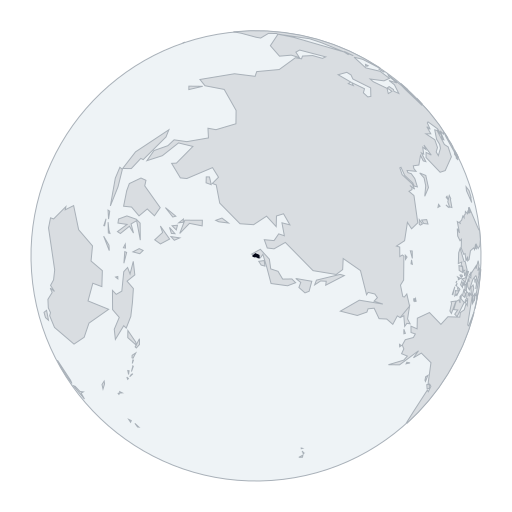 globe centered on Miyazaki, rotated 86°
{"feature_id": "JPN-1831", "entity_name": "Miyazaki", "entity_type": "Prefecture", "adm_level": 1, "iso_a3": "JPN", "parent_name": "Japan", "parent_adm1": "", "projection": "orthographic", "projection_center": [131.344, 32.095], "detail": "fine", "context": "on_globe", "style": "filled", "palette": "ink", "viewbox_px": 512, "rotation_deg": 86, "n_neighbors": 0, "source": "natural_earth", "source_scale": "10m", "svg_char_len": 12180}
<svg xmlns="http://www.w3.org/2000/svg" viewBox="0 0 512 512"><g transform="rotate(86 256 256)"><circle cx="256" cy="256" r="225" fill="#eef3f6" stroke="#a8b0b8"/><path d="M418.5,384.8L418.4,385.9L418.1,386.2L418.5,384.8ZM433.6,117.3L431.9,115.4L432.3,117.1L422.5,110.0L401.8,94.5L403.4,93.6L398.2,90.6L395.9,91.7L395.6,93.3L374.6,88.9L364.4,97.8L368.5,106.0L361.9,100.5L374.6,120.4L373.7,131.5L370.2,115.9L366.4,112.0L363.6,117.6L359.0,115.0L355.1,116.3L349.9,112.9L348.3,104.7L344.9,102.5L343.1,106.7L336.8,106.3L339.9,100.4L329.3,99.4L324.5,86.9L337.1,76.3L330.0,68.8L331.2,57.0L326.7,56.1L324.2,52.0L318.1,49.7L320.1,48.7L313.5,47.8L312.8,49.2L309.7,49.4L306.1,48.4L307.9,46.7L310.0,47.0L308.7,46.0L311.2,45.8L307.9,45.3L310.6,43.9L302.5,43.9L300.1,41.5L303.4,41.0L310.1,42.9L334.3,48.5L339.6,49.6L340.5,48.7L327.3,42.4L330.3,43.3L330.2,43.3L345.2,49.1L359.8,56.0L373.8,64.0L387.2,72.9L400.0,82.7L412.0,93.5L423.2,105.0L433.6,117.3ZM323.8,41.2L323.4,41.1L314.1,38.4L314.1,39.0L310.3,38.2L307.5,38.6L300.3,36.7L294.9,34.9L296.9,34.7L294.6,34.2L286.6,33.2L284.9,32.6L304.5,36.0L323.8,41.2ZM459.8,227.3L457.9,223.1L460.0,223.7L459.8,227.3ZM456.1,222.0L456.9,223.1L456.1,222.5L456.1,222.0ZM455.0,222.5L455.8,222.2L455.1,223.0L455.0,222.5ZM453.9,223.8L454.4,222.9L454.4,223.2L453.9,223.8ZM451.4,224.3L450.7,224.3L451.1,223.0L451.4,224.3ZM396.2,94.6L396.3,92.1L400.1,92.3L400.5,94.6L396.2,94.6ZM388.3,95.2L387.1,92.9L393.0,95.7L391.8,96.1L388.3,95.2ZM372.5,112.9L373.4,109.8L374.0,113.8L372.5,112.9ZM355.5,117.2L356.6,119.0L354.1,119.0L355.5,117.2ZM311.6,39.7L309.6,39.1L311.1,39.3L311.6,39.7ZM312.2,40.5L315.5,41.1L316.3,41.6L314.2,41.2L312.2,40.5ZM343.9,113.9L339.4,113.6L343.6,112.4L343.9,113.9ZM308.0,39.7L317.3,42.5L318.6,43.4L312.0,42.8L308.0,39.7ZM336.6,112.6L325.9,112.7L327.5,116.5L316.7,106.3L329.4,109.2L334.4,107.0L333.7,110.2L336.6,112.6ZM314.2,50.1L314.7,48.6L317.7,50.9L314.2,50.1ZM316.9,51.6L330.5,59.6L327.9,61.8L323.9,58.5L323.3,62.5L315.3,59.5L313.9,56.7L317.1,55.7L311.6,55.4L316.9,51.6ZM312.5,100.9L309.6,99.9L312.3,99.4L312.5,100.9ZM308.7,49.7L311.7,50.9L309.7,52.8L303.3,50.7L306.0,50.7L308.7,49.7ZM327.0,65.1L324.4,66.4L317.2,64.3L315.2,64.6L314.9,59.7L327.0,65.1ZM304.6,49.8L300.2,49.6L297.8,47.9L305.7,48.6L304.6,49.8ZM311.8,54.3L310.6,55.1L309.2,53.9L311.8,54.3ZM286.8,42.3L290.4,43.4L289.7,44.4L286.8,42.3ZM298.7,49.7L299.5,50.3L299.6,51.0L296.3,50.6L298.7,49.7ZM309.9,58.7L307.5,57.7L309.7,60.5L304.4,59.4L305.1,56.4L302.6,57.2L301.0,56.9L303.4,54.9L309.9,58.7ZM293.3,52.2L292.4,48.5L285.8,46.1L286.3,45.1L296.8,49.2L293.3,52.2ZM299.0,53.9L295.6,52.5L297.9,51.7L301.7,52.2L299.0,53.9ZM300.5,59.8L308.4,62.3L308.0,62.9L300.5,59.8ZM290.9,51.6L291.2,52.5L290.2,51.5L290.9,51.6ZM297.1,57.3L299.9,58.1L299.3,58.7L297.1,57.3ZM289.3,53.9L289.0,52.6L291.6,52.8L289.3,53.9ZM292.5,55.6L291.0,56.3L292.7,53.6L293.8,55.8L292.5,55.6ZM296.1,57.8L296.6,58.5L294.9,57.4L296.1,57.8ZM279.7,54.2L281.2,50.8L286.9,51.0L284.6,54.3L279.7,54.2ZM76.2,120.3L77.9,118.4L67.2,136.0L64.5,144.3L76.0,133.4L80.4,119.3L88.1,110.5L90.2,116.1L87.4,129.8L90.3,126.9L97.9,113.6L103.2,112.7L101.2,108.9L97.6,113.4L96.3,111.4L99.5,107.3L101.3,106.9L103.8,102.2L94.8,106.0L90.2,111.1L93.2,103.4L85.7,111.2L84.4,111.6L96.5,98.6L99.9,95.8L117.4,79.8L114.1,81.8L97.4,97.4L100.0,94.5L95.4,98.3L100.9,93.1L120.1,76.6L124.7,73.0L137.9,64.1L151.8,56.3L147.1,58.8L150.1,57.3L145.4,60.2L147.4,60.5L144.0,63.5L153.2,60.5L152.6,61.9L147.3,63.1L141.8,66.0L134.2,75.0L135.2,75.8L141.8,73.4L138.9,76.6L146.3,73.1L146.0,78.0L152.5,69.5L160.4,67.4L164.8,69.0L168.6,67.1L161.4,64.5L157.5,65.0L152.2,67.7L142.6,68.9L143.4,66.6L157.9,60.3L160.6,56.7L170.7,54.2L184.0,61.3L185.3,66.5L169.6,79.5L164.5,79.1L167.6,74.1L157.0,80.7L161.6,79.2L159.1,82.1L166.1,81.6L164.7,83.8L173.7,80.0L172.8,82.5L167.1,84.9L176.6,87.2L177.0,92.8L179.8,92.4L182.7,90.4L181.2,99.3L183.4,98.7L184.7,95.4L189.8,92.2L198.3,90.2L197.3,93.3L194.1,94.5L185.9,102.1L177.6,105.2L178.1,106.4L185.1,104.5L195.1,95.1L200.4,93.1L196.4,97.6L198.3,95.7L200.7,95.8L202.1,98.9L206.8,94.2L234.2,92.3L239.7,98.9L233.0,102.6L251.1,106.7L255.9,115.2L257.1,112.0L266.6,112.6L265.2,109.9L266.5,108.5L290.3,110.4L295.1,113.9L306.7,112.4L307.3,110.9L304.4,108.2L316.7,106.3L327.5,116.5L325.6,119.2L333.7,124.3L328.0,130.0L327.1,137.6L316.3,141.8L316.5,147.9L319.7,149.3L322.4,159.1L316.9,175.7L307.3,156.0L312.8,132.8L309.3,141.4L306.0,137.8L302.2,140.1L300.1,146.7L302.4,148.4L277.8,152.8L264.6,169.2L275.6,170.5L280.0,177.3L274.6,200.1L244.5,225.8L250.1,237.5L248.8,244.2L240.3,246.6L241.9,236.9L235.5,231.8L237.8,226.3L224.7,227.8L227.3,220.0L215.8,225.6L217.5,232.8L228.1,233.8L217.0,242.7L224.6,256.2L222.7,269.7L200.7,288.5L182.3,290.7L180.6,294.5L174.8,287.9L164.8,293.2L173.9,319.6L172.8,326.0L157.7,333.7L157.8,328.9L142.3,311.3L137.8,325.4L149.4,342.4L153.3,358.2L143.7,350.4L139.8,336.2L134.4,329.6L137.1,317.0L134.9,295.2L125.2,295.0L127.2,287.1L122.7,266.8L109.4,265.7L87.6,276.1L82.6,295.0L76.0,299.6L72.7,264.7L76.7,244.4L72.1,242.4L71.6,219.8L61.0,202.9L62.5,196.8L59.8,195.7L60.0,185.5L63.5,175.9L62.2,172.6L53.6,198.1L55.4,202.0L61.1,198.9L58.1,206.8L58.3,218.6L47.2,227.0L36.3,218.6L40.4,203.5L58.6,153.9L60.9,150.8L61.2,150.4L61.7,149.5L58.1,153.7L63.0,144.9L47.8,175.8L43.0,187.4L36.1,219.1L35.5,220.0L34.8,228.1L38.9,236.1L37.8,240.6L32.7,255.3L30.8,262.9L30.9,245.9L32.3,229.0L35.0,212.3L38.9,195.8L44.0,179.7L50.4,163.9L57.9,148.7L66.5,134.2L76.2,120.3ZM79.1,152.6L80.9,161.4L89.1,149.3L90.5,151.9L92.8,147.0L89.7,148.4L96.7,136.1L100.7,137.5L105.1,133.4L104.8,130.3L96.3,129.9L86.2,147.0L82.0,148.6L79.1,152.6ZM171.4,47.8L166.9,49.7L164.5,50.5L169.0,48.2L172.5,47.0L171.4,47.8ZM161.2,52.5L174.4,47.7L172.2,49.5L171.2,49.2L168.4,50.8L166.0,50.9L151.0,57.9L147.9,59.1L157.8,53.3L156.3,54.2L160.7,52.1L161.2,52.5ZM212.0,37.8L217.7,37.1L205.5,41.5L201.6,41.6L205.7,38.9L212.8,37.3L212.0,37.8ZM294.6,38.7L297.6,39.2L297.1,39.5L294.1,39.3L294.6,38.7ZM288.6,42.7L281.2,37.2L284.2,37.4L276.2,34.7L281.1,34.2L286.1,35.8L283.8,33.8L290.3,35.1L287.9,33.9L298.5,37.5L304.2,39.1L296.0,37.4L291.4,37.7L291.1,38.3L294.6,41.4L304.6,45.5L301.6,46.9L296.8,46.9L294.0,46.1L296.8,45.3L290.9,44.9L292.9,43.2L288.6,42.7ZM242.7,53.3L247.2,51.4L235.7,52.8L237.6,50.0L236.2,50.4L234.7,48.4L230.5,46.8L232.4,45.7L229.9,45.5L228.9,44.4L226.2,44.0L228.6,42.1L225.4,41.5L228.3,40.9L222.2,40.6L227.8,40.0L227.1,38.9L222.1,40.0L241.6,33.3L245.5,31.8L245.7,31.1L255.2,31.0L261.2,31.9L264.1,33.9L259.0,35.7L264.2,35.6L263.4,36.6L259.6,36.2L264.9,37.5L263.1,38.3L265.7,41.7L274.4,43.7L275.6,45.2L271.3,44.9L275.5,46.8L268.2,47.3L268.8,48.6L262.3,50.7L253.6,49.9L255.0,51.4L250.2,53.4L242.7,53.3ZM277.6,54.7L266.9,53.6L262.6,51.8L275.8,48.9L276.2,47.7L284.4,46.4L290.5,49.3L287.5,49.3L286.1,50.1L284.8,48.8L284.8,50.4L280.7,50.6L279.6,52.0L276.4,51.2L277.6,54.7ZM100.7,92.8L98.8,94.7L96.7,96.9L93.8,99.7L100.7,92.8ZM113.4,81.6L112.5,82.4L109.7,84.7L113.4,81.6ZM116.2,79.5L112.8,82.1L115.8,79.7L116.2,79.5ZM146.8,64.1L146.1,65.2L144.3,66.1L142.7,66.3L146.8,64.1ZM209.1,59.0L212.4,57.7L213.2,58.1L221.3,57.2L220.5,59.5L215.4,60.9L209.1,59.0ZM74.3,133.3L72.5,133.4L74.0,130.8L74.3,131.2L74.3,133.3ZM81.7,115.2L77.9,120.8L80.9,115.9L81.7,115.2ZM209.7,61.3L213.1,60.6L210.6,62.2L209.7,61.3ZM220.4,61.2L218.2,63.0L221.4,59.7L220.4,61.2ZM37.8,312.1L37.7,311.8L38.4,314.3L37.8,312.1ZM208.4,403.0L215.3,404.9L215.1,405.7L208.4,403.0ZM201.1,398.8L208.9,400.5L199.9,400.4L201.1,398.8ZM211.9,401.2L219.9,400.9L223.3,400.1L222.7,401.7L211.9,401.2ZM195.9,397.8L168.5,390.9L158.0,385.6L160.3,383.3L177.3,388.8L195.9,397.8ZM159.4,382.9L143.7,368.9L124.0,334.1L131.0,337.5L152.0,361.8L150.6,364.1L160.1,374.3L159.4,382.9ZM198.5,376.7L197.1,384.6L181.8,380.4L174.9,377.3L170.2,365.3L172.8,360.5L178.3,362.1L201.1,348.2L208.8,354.5L201.5,361.2L207.8,369.9L198.5,376.7ZM83.0,297.3L85.3,311.4L81.9,311.1L83.0,297.3ZM211.3,336.3L201.4,343.0L210.7,333.2L211.3,336.3ZM217.3,326.3L217.5,330.8L214.1,325.8L217.3,326.3ZM179.5,300.7L173.6,300.1L173.9,296.9L181.7,295.7L179.5,300.7ZM221.2,281.1L219.3,290.7L217.6,293.7L215.8,287.3L221.2,281.1ZM208.2,83.5L197.8,81.8L189.8,82.9L184.6,86.9L187.5,81.0L199.8,79.2L208.2,83.5ZM231.1,90.6L235.6,87.7L236.7,89.9L235.8,90.9L231.1,90.6ZM231.7,88.3L231.6,83.2L236.1,82.2L235.3,86.4L231.7,88.3ZM220.2,71.1L217.2,70.3L219.2,68.9L220.2,71.1ZM367.1,449.6L370.4,448.5L364.1,452.6L355.2,457.5L346.1,461.4L367.1,449.6ZM297.4,471.4L295.6,468.7L305.6,467.5L302.8,470.3L297.4,471.4ZM373.4,445.5L378.9,441.0L379.5,437.7L380.6,440.0L386.7,437.1L372.6,447.3L373.4,445.5ZM255.9,457.8L213.5,461.0L203.6,458.3L204.9,455.3L193.5,442.2L196.6,443.1L193.0,434.4L217.4,431.1L234.5,418.4L249.5,420.9L259.9,410.3L275.8,411.9L271.8,420.7L289.1,426.7L298.9,406.7L311.3,427.3L325.1,433.1L331.2,443.7L313.2,462.0L301.2,466.0L298.1,465.0L293.3,466.8L284.7,466.6L278.2,461.9L273.6,463.5L277.3,459.5L271.0,463.0L265.7,459.6L255.9,457.8ZM370.2,416.2L373.0,416.0L378.0,417.9L373.5,418.6L370.2,416.2ZM411.5,391.9L413.1,392.7L410.1,394.4L411.5,391.9ZM418.1,386.2L414.5,388.5L418.5,384.8L418.1,386.2ZM383.0,401.5L384.5,402.4L383.4,403.1L383.0,401.5ZM381.8,401.4L383.2,399.0L383.2,401.1L381.8,401.4ZM367.8,393.3L369.3,391.8L370.1,392.6L367.8,393.3ZM225.6,406.6L235.0,401.9L240.4,402.0L225.6,406.6ZM365.3,391.4L361.3,391.9L361.6,390.6L365.3,391.4ZM365.4,388.6L364.9,387.0L367.6,390.4L365.4,388.6ZM357.5,386.1L362.6,388.3L357.0,386.5L357.5,386.1ZM354.6,386.9L351.1,386.1L351.3,385.5L354.6,386.9ZM316.3,392.8L329.4,402.1L319.2,402.5L307.7,396.7L299.5,402.8L280.3,401.6L284.5,398.1L281.7,392.3L262.4,389.0L258.5,384.9L265.2,382.9L252.8,378.8L266.4,378.2L272.1,386.4L279.9,380.6L293.7,382.5L307.5,385.1L318.9,390.5L316.3,392.8ZM266.8,395.3L269.2,395.4L267.2,397.6L266.8,395.3ZM344.3,382.7L349.4,385.8L348.9,386.8L346.4,386.5L344.3,382.7ZM321.4,389.0L333.6,381.9L336.5,381.8L328.5,389.6L321.4,389.0ZM330.4,378.0L336.2,378.4L339.4,381.8L338.2,382.9L330.4,378.0ZM239.0,385.6L238.5,387.7L235.0,385.6L239.0,385.6ZM243.4,384.8L254.0,388.3L242.5,386.6L243.4,384.8ZM212.4,372.6L215.3,378.4L224.6,376.6L217.5,380.2L224.1,389.7L222.0,392.5L215.5,382.4L213.5,391.4L209.5,390.5L207.0,382.0L211.0,372.8L215.1,369.3L232.1,370.3L212.4,372.6ZM243.3,378.5L240.5,372.0L242.6,368.2L245.6,371.8L243.3,378.5ZM232.8,355.9L226.0,347.5L219.4,349.3L233.1,341.0L237.3,350.5L232.8,355.9ZM227.6,338.8L221.4,340.3L228.1,335.3L227.6,338.8ZM220.0,337.6L219.8,332.2L224.4,333.7L220.0,337.6ZM230.7,339.5L232.6,330.8L234.6,336.4L230.7,339.5ZM218.8,320.1L228.2,330.5L215.3,324.5L216.6,307.0L222.2,307.6L218.8,320.1ZM261.5,253.6L261.1,248.2L266.7,247.8L265.4,251.5L261.5,253.6ZM284.5,242.9L268.1,246.0L254.8,249.0L258.2,251.8L253.8,260.2L249.6,251.2L260.1,242.9L269.9,242.2L272.8,235.1L280.9,231.0L281.4,221.8L285.4,218.3L287.9,226.6L284.5,242.9ZM281.2,217.9L285.1,202.1L294.9,205.5L296.2,209.7L290.4,215.4L285.5,213.2L281.2,217.9ZM288.9,199.5L284.3,197.4L280.2,173.3L281.7,169.3L290.0,188.5L286.1,187.7L285.4,193.3L288.9,199.5ZM309.7,101.7L309.6,100.1L311.5,101.7L309.7,101.7ZM265.6,107.0L267.6,105.4L269.8,107.1L265.6,107.0ZM274.6,101.9L270.7,101.1L275.2,100.6L274.6,101.9ZM261.9,99.8L269.3,100.2L261.6,101.7L261.9,99.8Z" fill="#d9dde1" stroke="#a8b0b8" stroke-width="1"/><path d="M257.7,253.5L257.5,253.8L257.4,253.8L257.3,254.0L257.2,254.1L257.1,254.3L257.3,254.4L257.2,254.5L257.1,254.8L256.9,254.9L256.9,255.0L256.8,255.4L256.7,255.5L256.6,256.0L256.5,256.3L256.4,256.7L256.3,256.9L256.3,257.0L256.5,257.2L256.5,257.3L256.4,257.3L256.4,257.7L256.4,257.9L256.3,258.0L256.2,258.0L256.1,258.3L256.1,258.5L256.0,258.8L255.9,258.8L255.7,258.8L255.7,258.7L255.4,258.5L255.4,258.4L255.5,258.3L255.5,258.2L255.4,257.9L255.2,257.9L254.9,257.6L254.8,257.4L254.7,257.3L254.5,257.2L254.4,257.1L254.5,256.9L254.4,256.8L254.3,256.7L254.2,256.6L253.9,256.2L254.0,256.0L254.3,256.0L254.5,255.9L254.8,255.8L254.8,255.7L255.0,255.8L255.1,255.7L255.0,255.4L255.1,255.2L255.1,254.9L254.9,254.8L254.9,254.7L254.9,254.3L255.0,254.2L255.2,253.9L255.3,253.8L255.4,253.7L255.5,253.6L255.6,253.4L255.7,253.2L255.8,253.2L256.0,253.2L256.3,253.2L256.5,253.2L256.5,253.3L256.6,253.5L256.7,253.4L256.8,253.4L257.1,253.4L257.2,253.2L257.3,253.2L257.5,253.2L257.6,253.4L257.6,253.5L257.7,253.5Z" fill="#0f172a" stroke="#020617" stroke-width="1.5"/></g></svg>